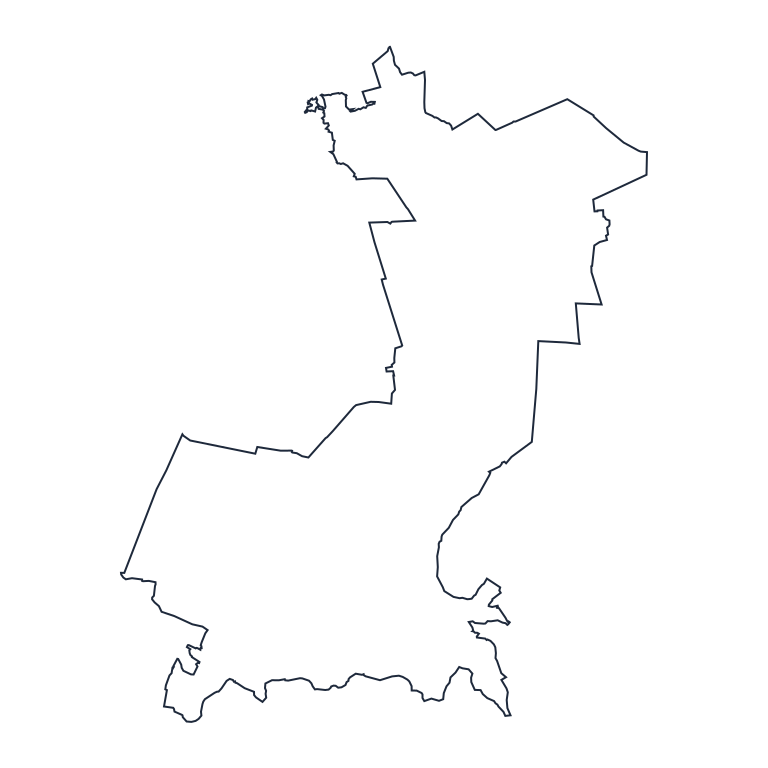 Nalbant, Tulcea, Romania (Natural Earth projection)
{"feature_id": "2599482B6965012888187", "entity_name": "Nalbant", "entity_type": "district", "adm_level": 2, "iso_a3": "ROU", "parent_name": "Romania", "parent_adm1": "Tulcea", "projection": "natural_earth1", "projection_center": [28.557, 45.014], "detail": "fine", "context": "isolated", "style": "outline", "palette": "slate", "viewbox_px": 768, "rotation_deg": 0, "n_neighbors": 0, "source": "geoboundaries", "source_scale": "gbopen_adm2", "svg_char_len": 6071}
<svg xmlns="http://www.w3.org/2000/svg" viewBox="0 0 768 768"><path d="M389.7,46.1L389.6,47.2L388.5,48.2L387.7,51.1L372.8,63.7L380.3,87.1L362.6,91.8L366.5,102.9L367.6,103.2L370.8,101.8L374.8,101.9L374.4,103.7L373.6,103.5L372.2,104.5L367.3,105.6L365.8,107.9L363.5,107.3L360.3,109.3L358.7,108.8L354.9,110.8L350.6,111.6L350.2,111.2L352.9,109.1L349.1,109.6L346.0,106.5L345.8,100.0L346.3,98.3L345.7,96.8L346.6,95.5L346.1,94.9L344.8,94.8L341.8,92.9L339.3,93.7L338.6,93.0L332.1,94.1L330.6,95.2L328.9,94.8L324.2,95.4L321.9,94.5L320.8,95.2L322.1,96.1L324.0,99.5L325.5,106.7L325.0,108.2L323.3,108.6L322.6,107.1L318.5,106.0L318.2,105.5L318.6,105.0L316.4,102.5L317.3,99.8L316.2,97.8L315.3,99.1L312.6,99.7L312.1,98.5L310.8,99.3L309.5,101.3L308.5,101.0L308.5,101.9L307.7,102.4L308.1,104.1L309.4,103.5L312.0,104.9L311.9,105.6L307.2,107.4L307.2,109.1L304.8,112.0L305.2,112.8L306.7,112.2L308.1,110.4L310.6,111.1L311.2,110.4L315.1,111.5L316.0,107.6L317.0,106.8L318.0,107.1L318.7,108.9L322.8,109.6L324.0,110.9L323.3,112.6L324.3,113.2L324.5,116.5L322.0,118.2L323.6,119.9L323.5,122.8L324.4,123.6L328.0,123.2L328.8,125.5L325.9,128.7L328.3,129.5L329.0,130.6L328.6,131.7L331.9,132.7L332.8,139.9L334.7,140.8L333.6,145.4L333.8,150.4L333.2,151.5L330.3,151.9L333.4,154.2L336.9,161.8L336.6,162.3L337.5,163.4L339.3,163.3L340.8,164.0L343.1,163.3L347.6,165.8L354.7,173.8L353.8,176.3L355.7,176.8L356.5,179.4L372.4,178.3L387.3,178.7L406.3,207.3L408.0,209.2L415.1,220.6L392.6,221.7L391.6,221.9L390.3,223.6L387.4,222.0L369.3,222.6L374.5,242.3L385.8,278.6L381.7,279.5L383.0,284.7L402.2,345.5L401.5,346.3L395.3,348.3L394.3,358.0L394.4,362.5L391.7,364.9L392.0,366.7L386.0,367.9L386.6,371.5L393.1,371.2L394.1,375.5L393.3,375.5L395.0,389.9L391.9,393.5L391.2,403.7L378.6,402.0L370.7,401.8L356.1,405.1L353.8,407.0L332.7,431.2L327.1,437.2L325.6,438.1L308.4,457.5L302.1,456.2L296.8,453.2L292.3,452.5L291.8,452.0L292.1,450.8L291.6,450.6L280.8,450.7L257.3,447.0L255.3,453.7L190.2,440.5L183.5,435.8L182.4,434.3L166.3,470.4L156.6,489.2L124.3,572.9L121.0,572.8L121.2,574.5L123.3,577.5L125.8,579.3L132.0,578.2L142.1,579.5L142.1,580.9L143.0,581.2L148.8,580.9L155.5,582.2L155.6,584.3L155.0,586.0L153.9,595.8L152.2,597.5L152.1,599.3L154.6,602.4L158.9,606.1L161.6,611.8L174.4,616.1L192.3,624.3L202.5,626.6L207.6,630.1L205.3,633.3L201.7,642.2L200.7,645.3L201.4,646.1L201.6,648.0L200.7,647.9L200.4,649.8L197.4,648.1L196.3,647.9L195.7,648.4L188.8,645.1L187.8,645.2L186.9,647.1L190.3,649.2L189.3,650.4L189.7,653.2L190.4,655.0L192.0,656.4L191.9,657.1L199.5,662.0L199.1,663.1L197.9,662.8L196.1,664.2L197.5,666.5L193.6,674.5L191.0,674.4L183.4,670.8L181.7,667.8L181.2,664.6L178.2,659.0L177.3,658.8L173.4,666.1L173.8,666.7L172.5,667.5L172.4,668.1L173.0,668.2L172.1,669.8L171.6,673.2L169.5,675.4L165.9,685.3L165.3,689.3L166.9,690.1L164.0,706.5L173.2,707.8L174.0,709.0L174.5,711.6L182.0,714.9L182.5,715.3L182.8,717.2L186.6,721.5L191.4,721.9L195.6,720.9L198.6,718.9L201.4,715.6L201.0,711.7L202.5,704.0L203.3,701.6L204.9,699.2L214.6,692.8L217.0,691.7L218.6,691.6L221.5,688.4L226.6,680.9L229.7,678.9L232.9,680.0L233.9,681.7L235.1,681.4L235.4,682.7L237.1,683.2L244.7,688.2L254.0,691.8L254.1,695.1L256.0,697.4L262.5,701.9L266.2,697.7L265.6,693.8L266.1,690.8L265.0,688.1L265.4,683.5L272.0,680.2L278.8,680.3L284.8,679.2L285.2,680.3L288.2,680.6L300.0,678.2L302.3,678.4L309.0,680.7L311.4,683.3L312.7,686.3L314.9,689.4L317.1,689.1L325.2,690.0L328.6,689.6L330.6,687.8L331.2,686.5L333.6,685.6L335.7,685.8L338.2,687.7L341.5,687.3L345.5,685.0L346.6,682.1L348.4,680.9L348.6,679.1L350.0,677.4L355.7,673.7L362.0,674.8L363.6,674.2L363.8,675.2L365.6,676.3L380.0,680.2L392.1,676.4L398.9,675.7L402.7,676.9L407.4,679.6L409.3,681.4L411.6,686.1L411.7,690.5L416.7,690.6L421.6,693.0L422.5,694.4L422.5,698.0L424.3,701.1L431.4,698.6L439.0,700.8L443.2,699.2L443.8,693.1L446.5,686.3L449.5,682.7L450.5,677.4L455.5,672.6L459.2,667.0L462.5,668.3L468.6,669.3L472.4,673.6L471.1,677.7L471.3,682.1L474.8,689.9L480.6,690.1L482.8,694.1L487.3,698.1L494.1,701.1L495.5,703.3L497.4,704.6L498.5,706.6L503.5,711.9L505.3,715.9L510.5,715.3L507.4,708.1L506.7,700.0L507.8,692.3L506.5,688.4L501.4,679.9L506.0,677.2L501.3,673.2L497.1,661.0L495.5,658.1L495.9,653.2L495.3,647.3L493.9,644.4L490.5,640.9L487.5,639.5L486.6,640.0L485.3,638.6L476.9,637.5L476.8,636.5L478.9,633.7L477.3,632.8L474.9,632.7L473.6,631.4L472.5,631.2L473.2,630.6L472.4,627.5L468.8,622.0L472.7,621.3L475.0,623.0L483.8,623.7L485.4,623.5L487.6,621.1L490.9,621.3L497.7,620.3L502.5,622.6L505.6,623.2L507.3,624.9L508.2,624.3L510.3,621.6L509.6,622.2L508.4,621.4L508.0,621.9L507.1,620.9L505.5,617.8L498.9,608.1L496.9,607.8L496.9,607.1L497.9,606.3L497.7,605.7L492.2,607.0L488.7,606.1L488.9,604.6L492.3,600.5L492.3,599.2L500.7,592.8L499.3,590.5L500.2,587.4L486.9,578.6L483.9,583.8L481.9,585.1L478.4,589.2L475.6,594.8L474.1,595.6L471.7,598.7L469.0,599.1L467.2,599.2L462.4,597.8L459.6,598.2L453.5,596.9L444.3,591.1L442.8,587.2L437.1,576.4L437.8,567.1L437.2,556.2L438.9,547.3L438.7,543.8L439.6,541.7L441.3,540.8L441.6,536.5L442.3,534.6L448.8,527.8L453.0,519.9L458.3,514.4L459.2,511.6L460.6,510.2L461.4,507.0L471.7,498.0L478.7,494.3L489.3,475.3L490.3,472.8L489.0,471.7L499.8,466.4L501.6,464.1L502.0,462.7L504.4,461.7L506.1,463.3L511.5,456.9L531.8,441.9L536.3,389.0L538.3,341.1L566.0,342.5L579.6,343.9L578.7,337.8L575.8,303.4L601.6,304.5L591.5,272.3L591.3,266.3L592.1,266.0L594.3,245.5L599.7,242.0L607.0,240.0L606.0,235.7L608.1,234.5L607.1,227.6L609.2,225.8L609.6,224.3L609.4,220.5L606.0,219.3L604.5,216.8L603.4,216.6L603.1,210.2L597.5,210.5L597.4,211.3L594.5,211.4L593.2,199.6L646.5,174.8L647.0,152.1L640.8,151.6L638.5,150.7L623.7,142.6L606.2,128.2L593.7,116.6L593.6,115.4L567.3,99.2L515.7,121.5L513.5,121.5L512.2,122.7L496.1,129.9L495.4,130.0L477.9,113.8L452.4,129.5L451.1,125.6L449.1,123.4L446.7,123.1L444.0,121.2L441.6,121.0L437.9,118.3L435.9,117.4L434.5,117.5L432.4,115.9L425.9,113.0L425.3,112.1L424.5,108.2L424.3,102.1L425.0,80.0L424.3,71.8L415.6,75.4L414.3,75.2L412.9,73.5L410.8,72.5L408.3,72.7L402.0,74.7L400.1,72.2L399.0,68.6L395.0,64.8L393.9,60.7L393.7,56.9L389.7,46.1Z" fill="none" stroke="#1e293b" stroke-width="2"/></svg>